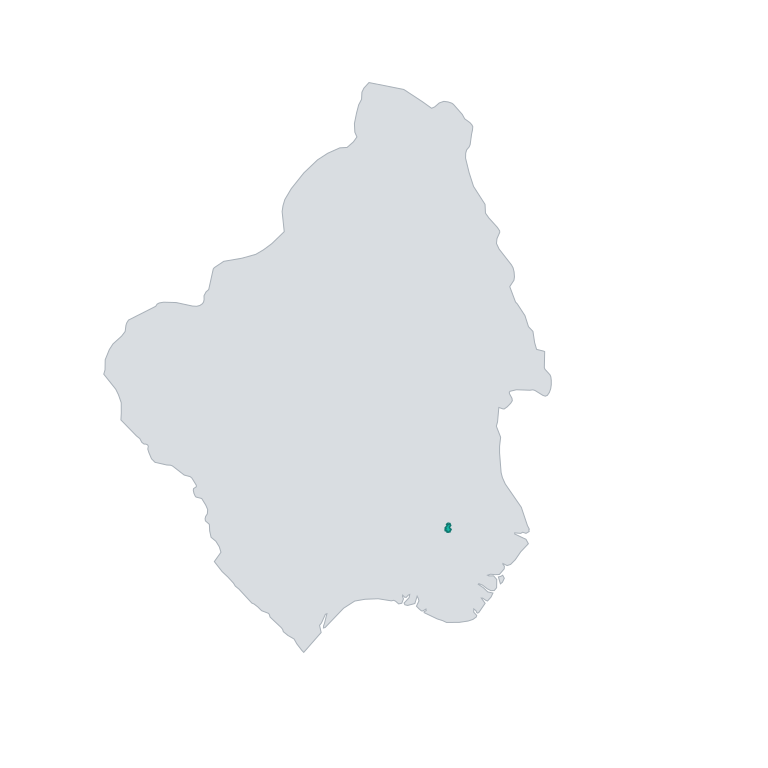 Orumba South, Anambra, Nigeria shown in context, rotated 314°
{"feature_id": "59680162B16963737840115", "entity_name": "Orumba South", "entity_type": "district", "adm_level": 2, "iso_a3": "NGA", "parent_name": "Nigeria", "parent_adm1": "Anambra", "projection": "robinson", "projection_center": [7.202, 6.0], "detail": "fine", "context": "in_parent", "style": "filled", "palette": "teal", "viewbox_px": 768, "rotation_deg": 314, "n_neighbors": 0, "source": "geoboundaries", "source_scale": "gbopen_adm2", "svg_char_len": 5010}
<svg xmlns="http://www.w3.org/2000/svg" viewBox="0 0 768 768"><g transform="rotate(314 384 384)"><path d="M590.4,163.8L609.6,193.6L613.8,215.8L615.4,226.7L618.6,228.0L624.5,228.5L628.9,230.7L631.5,234.3L633.1,237.7L633.4,239.7L632.3,253.0L630.8,257.8L631.7,264.3L631.5,267.1L630.8,269.1L628.2,271.2L624.6,273.4L616.0,279.7L613.5,280.6L609.9,280.8L606.8,282.4L603.1,285.8L595.1,298.5L588.3,311.2L583.4,331.9L577.4,338.3L576.3,344.0L575.4,356.9L574.5,360.8L573.5,361.9L567.0,364.3L563.2,367.3L561.0,373.1L558.2,393.0L557.2,396.2L555.0,399.7L551.7,403.4L548.9,405.4L541.4,406.8L534.3,421.7L534.2,424.3L531.1,437.9L525.6,448.1L525.3,454.6L518.4,463.6L514.9,469.7L518.6,476.1L518.9,477.1L507.1,488.0L506.4,489.6L505.9,497.1L505.0,499.1L502.8,501.8L499.7,504.8L496.4,507.2L492.8,508.8L489.3,509.4L487.3,508.5L486.2,506.2L484.2,497.0L483.2,495.1L480.9,493.3L471.8,483.2L466.3,479.7L465.1,479.9L464.2,480.9L462.6,486.0L461.1,487.9L458.2,488.5L453.2,488.5L449.5,487.8L448.7,486.8L446.9,482.9L435.6,492.0L431.7,494.1L426.7,504.9L419.6,510.3L414.7,515.0L401.6,529.8L398.9,534.2L396.3,540.7L390.7,568.4L381.7,585.7L380.5,589.4L379.9,589.3L378.7,590.9L375.2,589.9L373.7,586.7L371.5,586.1L367.7,581.4L366.9,582.2L370.9,594.1L369.4,598.8L358.3,598.9L348.8,600.5L342.2,600.4L338.9,598.7L337.5,594.2L336.9,594.7L336.6,597.1L334.5,598.9L327.1,599.3L323.9,596.2L321.2,592.8L318.4,591.3L318.8,592.7L322.1,596.1L321.7,600.9L315.7,606.5L312.0,606.8L309.6,604.4L308.4,600.5L307.8,594.7L306.3,590.9L305.4,590.9L306.5,597.2L306.5,603.0L309.3,607.6L305.0,609.0L299.8,609.2L299.1,607.5L298.5,603.7L297.6,602.7L296.5,609.1L285.8,610.9L284.3,610.6L284.0,609.4L284.8,607.7L284.6,604.8L282.2,607.0L281.9,611.5L280.5,612.2L276.4,611.5L272.0,609.2L264.8,603.7L255.9,594.6L254.5,590.5L252.0,585.5L247.4,571.7L248.2,571.0L250.3,571.8L251.3,570.5L247.6,569.5L246.8,568.5L246.6,565.5L246.7,561.7L252.3,559.8L253.6,557.5L254.4,555.2L247.5,558.7L241.1,554.8L239.7,552.4L240.4,550.6L247.8,550.5L250.5,548.7L248.9,548.1L246.0,548.2L245.0,547.0L245.1,544.1L244.1,544.8L242.9,547.3L238.6,549.1L236.0,547.3L235.8,543.2L235.2,541.3L233.1,539.9L225.5,529.0L216.0,519.9L207.5,513.7L194.7,510.7L167.9,510.8L166.4,509.9L168.1,508.5L170.4,507.5L179.1,502.5L177.6,501.8L168.7,505.0L165.6,505.3L161.6,511.4L135.2,512.7L135.3,509.9L136.5,501.9L138.1,496.4L136.4,489.7L135.9,483.6L137.0,481.7L137.4,479.5L137.2,463.9L138.6,461.6L138.7,460.0L135.9,453.4L136.0,448.3L135.5,443.4L134.6,441.1L135.7,422.1L135.3,417.4L136.2,414.1L136.7,405.9L136.6,397.9L138.4,385.3L149.7,383.6L152.5,378.6L154.1,372.3L153.6,366.1L157.2,360.7L161.7,355.9L161.5,350.6L162.8,348.9L164.9,347.7L167.9,347.1L171.2,344.4L173.1,339.8L175.0,332.4L172.1,327.3L172.2,326.1L173.3,323.3L175.1,320.6L176.5,319.7L179.7,320.4L180.8,319.3L182.9,311.1L182.7,308.9L179.7,303.5L178.1,288.7L177.2,286.7L174.9,284.1L168.6,273.7L168.7,268.7L171.4,262.4L173.1,259.3L175.5,257.7L176.0,256.2L175.3,254.4L174.1,253.1L173.8,250.3L175.1,246.3L174.7,242.0L175.4,219.7L180.5,215.3L188.0,208.0L191.8,200.5L193.9,194.7L196.4,175.6L200.4,173.5L207.8,166.6L218.0,162.5L224.6,161.2L236.2,162.0L242.0,161.3L247.0,157.6L249.3,156.5L252.5,155.8L281.3,165.8L283.9,165.3L286.1,166.0L289.7,168.6L298.2,177.9L307.1,192.2L309.8,195.3L312.6,197.0L315.5,197.6L317.6,197.3L319.7,196.0L322.5,193.2L326.7,192.0L330.2,192.3L348.1,181.3L349.8,181.1L360.9,183.5L375.9,194.5L388.2,201.7L396.8,204.1L407.0,205.8L424.3,206.4L437.3,190.9L442.1,187.5L447.9,184.5L460.1,181.6L480.2,179.7L499.1,180.5L510.8,183.2L523.2,188.2L528.5,193.1L536.9,193.8L542.9,192.9L544.9,188.1L550.8,181.8L559.9,176.0L567.2,171.9L573.2,170.1L578.6,165.4L582.9,164.0L590.4,163.8ZM327.8,605.5L323.7,606.9L321.1,606.6L324.7,600.3L326.6,601.6L328.9,602.2L327.8,605.5Z" fill="#d9dde1" stroke="#a8b0b8" stroke-width="1"/><path d="M326.5,526.5L326.3,527.7L325.8,527.8L325.4,527.9L325.1,527.8L324.6,527.8L324.3,527.9L324.2,527.9L324.0,528.0L323.9,528.0L323.7,528.0L323.4,528.1L323.2,528.0L323.1,528.3L323.1,528.5L323.1,528.8L322.9,528.7L322.7,528.4L322.6,528.5L322.4,528.6L322.2,528.7L322.2,528.8L322.0,529.0L321.9,529.0L321.7,529.2L321.6,529.3L321.4,529.4L321.3,529.5L321.2,529.8L321.0,530.0L321.3,530.5L321.5,530.7L321.6,530.8L321.8,530.8L321.7,530.9L321.7,531.0L321.6,531.3L321.6,531.5L321.6,531.9L321.8,531.9L321.9,532.0L322.0,532.0L322.0,532.3L322.0,532.5L321.9,532.5L321.8,532.8L321.7,532.8L321.9,533.0L322.0,533.0L322.2,533.3L322.3,533.3L322.5,533.5L322.8,533.7L323.0,533.6L323.3,533.5L323.7,534.0L323.8,533.8L324.0,533.7L324.3,533.5L324.5,533.5L324.7,533.4L324.8,533.4L325.1,533.4L325.2,533.5L325.3,533.5L325.5,533.5L325.8,533.4L326.0,533.3L326.1,533.1L326.0,532.9L325.9,532.6L325.9,532.0L325.9,531.9L326.1,531.3L326.3,530.6L326.6,530.4L327.1,530.3L327.5,530.3L327.8,530.3L328.5,530.3L328.7,530.1L328.9,529.4L329.2,528.7L329.4,528.5L329.4,528.2L329.0,528.2L328.2,528.1L327.9,528.1L327.7,527.9L327.7,527.7L327.7,527.4L327.8,527.3L327.8,527.1L327.9,526.9L328.0,526.8L328.1,526.7L327.1,526.5L326.5,526.5Z" fill="#14b8a6" stroke="#0f766e" stroke-width="1.5"/></g></svg>